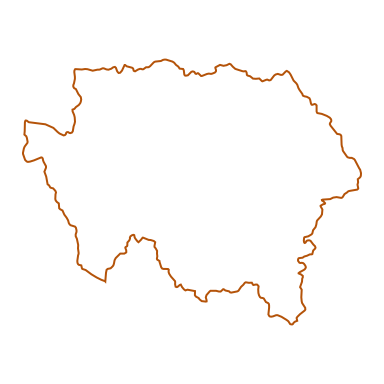 the district of Ha Quang, Cao Bằng, Vietnam
{"feature_id": "81297802B58374178577075", "entity_name": "Ha Quang", "entity_type": "district", "adm_level": 2, "iso_a3": "VNM", "parent_name": "Vietnam", "parent_adm1": "Cao Bằng", "projection": "robinson", "projection_center": [106.12, 22.894], "detail": "fine", "context": "isolated", "style": "outline", "palette": "amber", "viewbox_px": 384, "rotation_deg": 0, "n_neighbors": 0, "source": "geoboundaries", "source_scale": "gbopen_adm2", "svg_char_len": 5877}
<svg xmlns="http://www.w3.org/2000/svg" viewBox="0 0 384 384"><path d="M360.1,169.6L359.3,168.5L354.8,159.9L354.0,159.0L351.8,157.9L349.8,157.9L347.9,157.4L347.1,156.8L343.1,151.1L342.7,150.1L342.5,147.9L341.9,146.5L341.6,144.7L341.3,136.0L340.6,134.8L339.6,134.3L337.1,133.9L330.5,125.6L329.8,124.0L330.2,122.8L331.2,121.4L331.3,120.2L331.0,119.2L329.8,117.7L326.8,115.9L321.8,113.9L317.6,113.1L317.0,112.7L316.6,111.4L316.6,105.4L315.7,104.4L314.7,104.0L312.3,104.8L311.6,104.7L311.0,103.6L310.1,99.6L309.4,98.2L306.8,96.8L304.4,96.3L302.9,95.6L302.3,93.9L299.6,90.1L298.4,88.0L297.3,84.8L296.3,83.3L293.6,80.6L290.6,74.6L289.0,72.3L286.8,70.9L285.7,71.5L282.7,74.6L281.8,74.9L280.9,74.9L277.8,73.9L275.6,74.5L274.2,75.5L270.8,79.9L269.9,80.3L269.1,80.4L267.3,79.6L266.5,79.7L262.5,81.3L261.9,81.1L259.3,78.5L255.8,78.8L253.0,78.6L250.2,76.3L247.5,75.5L246.9,74.9L246.6,72.6L246.0,71.4L245.2,71.1L243.9,71.4L242.5,71.2L235.3,68.9L232.8,66.7L230.7,64.3L229.4,63.8L226.6,65.2L223.5,65.8L220.0,64.9L215.5,67.3L215.3,67.8L216.0,70.0L216.0,71.1L215.6,71.8L214.8,72.6L212.3,73.6L211.1,73.9L208.8,73.6L206.9,74.0L202.1,75.9L201.1,76.0L198.3,73.3L197.6,73.2L196.3,73.9L195.5,73.7L194.3,71.9L192.8,71.4L191.4,71.8L187.9,75.3L185.8,75.7L184.8,75.4L184.3,74.5L183.8,70.3L183.1,69.0L179.6,68.6L178.3,66.6L176.0,64.9L174.2,62.7L172.5,61.6L166.0,59.6L164.4,59.6L163.0,59.9L160.9,61.0L155.2,61.6L153.8,62.3L150.1,66.2L148.6,67.2L146.0,67.3L143.4,69.2L142.2,69.3L141.1,68.9L139.8,68.9L137.9,69.6L135.1,71.3L134.3,71.1L133.7,70.7L133.1,68.5L132.0,67.7L126.7,66.3L125.1,65.0L124.6,65.0L122.0,70.6L120.2,72.7L118.7,73.0L118.0,72.4L117.1,71.1L115.9,67.8L114.9,66.9L113.2,67.3L111.3,68.7L108.4,69.7L106.4,69.4L103.7,68.3L102.6,68.3L99.7,69.6L97.3,69.7L92.7,70.7L87.5,69.2L85.1,69.0L81.8,69.5L75.6,69.1L75.0,69.3L74.4,70.7L74.3,72.1L74.9,76.8L74.9,78.9L74.0,83.3L73.3,85.1L73.3,86.7L74.2,88.2L75.9,89.1L78.4,94.1L80.8,97.1L81.2,99.5L80.8,101.7L80.2,103.2L78.8,105.0L75.9,107.1L74.4,108.9L72.5,109.6L72.6,111.4L74.1,114.9L74.7,117.3L75.0,121.7L74.5,123.9L73.6,126.4L72.8,131.2L72.0,132.5L70.5,133.1L69.5,133.0L68.1,132.1L67.1,132.1L66.3,132.7L65.8,134.2L64.9,135.1L63.6,135.4L59.5,133.5L57.5,131.9L53.4,127.9L45.4,124.3L28.8,122.2L26.8,120.7L26.0,120.5L25.6,120.5L25.2,121.1L24.9,122.5L24.7,131.2L24.4,134.6L26.3,136.3L26.9,138.0L27.6,141.8L27.4,142.9L24.7,146.5L23.9,148.4L23.0,152.7L23.0,153.9L25.1,159.9L26.7,161.5L27.9,161.9L30.0,161.6L33.9,160.4L41.2,157.4L42.0,157.6L42.7,158.4L43.1,160.4L43.6,161.8L46.0,166.2L46.0,167.7L44.4,171.7L46.2,176.6L47.6,184.3L49.1,185.4L50.2,187.4L50.9,187.8L53.2,188.4L55.4,190.9L56.0,192.4L55.5,194.4L55.3,199.0L55.7,200.5L56.9,202.0L58.8,203.4L59.2,208.3L60.1,209.2L62.5,210.5L64.3,214.6L66.6,217.7L68.1,220.4L68.8,223.0L69.5,224.2L70.5,225.2L75.0,226.6L75.9,227.7L76.5,230.3L76.5,231.9L75.7,234.3L75.7,236.2L76.9,238.8L78.2,245.0L78.0,248.4L78.6,252.7L78.6,253.8L78.1,255.3L77.3,261.0L77.5,262.9L78.1,264.2L78.8,264.8L81.3,265.4L81.9,268.1L82.3,268.9L85.6,270.0L91.4,274.3L96.7,277.5L101.3,279.8L105.0,281.2L105.3,281.5L106.0,272.8L106.6,269.8L107.7,268.9L110.6,268.3L112.4,266.6L113.3,265.5L113.9,263.8L114.6,260.2L115.7,258.1L120.2,253.6L124.3,253.6L126.0,252.6L126.3,252.2L126.2,250.2L125.3,247.8L125.5,247.2L127.0,246.2L127.3,245.6L127.4,242.5L129.3,240.4L130.0,238.6L129.9,237.6L130.4,236.4L131.9,235.3L133.1,234.9L133.7,234.9L134.2,235.1L134.7,237.5L135.4,238.7L137.5,241.4L138.5,242.2L140.9,239.9L142.6,237.7L143.2,237.7L148.7,239.9L150.6,240.0L153.8,241.0L155.2,242.2L154.5,245.8L154.5,246.9L155.7,248.4L157.1,250.9L157.0,253.6L157.3,256.2L156.9,258.8L157.2,259.6L159.5,261.0L159.6,262.1L161.2,267.2L162.1,268.5L163.3,268.9L168.0,269.0L168.7,269.6L168.6,272.0L169.2,273.8L171.0,276.6L175.0,281.1L175.2,282.0L175.1,284.2L175.6,286.7L176.7,287.1L177.5,286.9L179.7,285.0L180.8,284.6L182.0,287.0L183.9,289.3L185.4,290.4L187.5,289.7L195.0,291.1L194.9,295.2L195.8,296.5L198.7,298.1L199.5,299.3L201.7,301.1L205.8,301.6L206.6,301.4L206.6,300.3L205.8,297.4L206.5,295.1L209.6,291.5L210.5,290.8L216.1,290.8L218.8,291.5L220.7,291.5L223.2,289.2L223.8,289.3L225.4,290.5L229.0,291.3L230.2,292.4L231.3,292.6L237.3,291.4L238.4,290.8L241.1,286.8L243.3,284.8L244.8,282.8L245.8,282.3L248.8,282.8L251.8,282.7L252.9,284.6L253.4,285.0L256.0,284.5L257.1,284.6L257.8,285.3L258.6,286.3L258.2,289.4L258.4,293.0L259.0,295.2L260.0,297.1L261.0,297.8L262.7,298.0L263.8,298.5L265.9,302.0L268.3,303.2L268.9,304.1L269.1,305.5L269.1,307.7L268.4,314.4L269.1,315.8L269.7,316.4L271.1,316.7L272.9,316.4L276.1,315.2L277.6,315.2L281.5,316.8L286.4,319.8L288.3,321.2L290.2,324.1L291.3,324.4L292.3,324.4L293.0,323.9L293.6,322.8L295.1,321.6L297.2,320.8L296.6,318.0L297.3,316.9L300.1,314.1L304.6,310.6L305.3,309.7L305.2,307.8L302.1,303.0L301.7,301.3L301.3,297.3L301.7,289.7L300.1,287.1L302.0,281.7L302.2,278.7L302.8,277.3L302.8,275.9L301.1,274.5L298.6,273.4L298.6,273.1L299.9,272.1L303.9,269.9L305.0,269.0L305.8,267.6L305.7,266.6L305.2,265.5L304.0,263.8L302.9,263.0L301.7,262.8L300.4,263.0L299.4,262.7L298.1,260.9L298.0,260.0L298.2,259.0L298.6,258.3L299.2,258.1L302.6,257.7L304.3,256.5L307.1,255.7L309.8,254.4L311.9,254.3L312.3,254.1L313.2,250.5L315.2,248.5L315.5,247.6L315.0,246.2L313.3,244.5L310.5,240.8L309.1,240.3L307.4,240.5L306.6,240.9L305.5,242.6L304.8,243.0L304.5,242.9L304.1,242.3L303.8,240.7L304.1,237.9L304.5,237.2L308.3,236.3L311.5,234.4L312.3,233.5L313.1,230.2L315.5,227.2L316.3,224.6L316.8,221.2L317.3,220.3L320.8,216.5L322.0,214.3L322.4,209.5L320.6,206.3L320.6,205.7L323.0,204.3L324.3,204.0L325.0,203.6L325.1,203.2L323.6,201.5L322.0,200.5L321.9,199.9L322.7,199.6L330.2,199.1L333.2,197.6L336.6,197.1L341.2,197.9L342.1,197.6L342.8,196.9L344.5,194.1L347.1,192.4L348.0,191.5L349.1,191.0L357.2,189.6L357.8,189.1L358.2,188.6L358.2,188.1L357.5,184.7L358.1,182.3L357.8,179.2L359.9,177.5L360.6,176.5L360.9,175.3L361.0,173.1L360.1,169.6Z" fill="none" stroke="#b45309" stroke-width="2"/></svg>